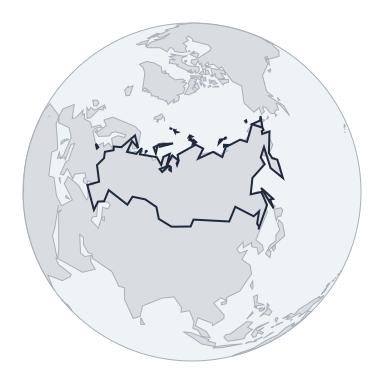 Russia highlighted on a globe, orthographic projection
{"feature_id": "RUS", "entity_name": "Russia", "entity_type": "country or territory", "adm_level": 0, "iso_a3": "RUS", "parent_name": "Europe", "parent_adm1": "", "projection": "orthographic", "projection_center": [98.07, 61.527], "detail": "medium", "context": "on_globe", "style": "outline", "palette": "slate", "viewbox_px": 384, "rotation_deg": 0, "n_neighbors": 0, "source": "natural_earth", "source_scale": "50m", "svg_char_len": 13278}
<svg xmlns="http://www.w3.org/2000/svg" viewBox="0 0 384 384"><circle cx="192" cy="192" r="169" fill="#eef3f6" stroke="#a8b0b8"/><path d="M260.7,37.6L269.9,43.5L265.5,39.9L269.8,42.0L273.7,44.4L271.1,43.1L274.0,46.6L278.9,50.8L279.0,56.3L268.5,59.3L266.9,56.3L264.6,57.6L266.4,61.5L268.1,63.8L262.5,75.5L266.6,91.3L273.3,96.5L267.6,95.4L283.9,105.8L289.6,115.7L279.8,104.5L276.3,103.3L278.5,109.8L275.4,110.1L274.6,113.5L270.7,113.3L265.3,107.0L262.6,106.9L264.3,111.6L261.5,114.5L259.3,107.6L254.1,112.2L244.1,103.1L241.6,85.9L232.7,81.7L221.4,66.7L219.2,68.5L213.5,64.3L208.7,64.8L208.0,62.1L204.9,64.9L206.4,67.3L205.6,69.4L203.0,70.0L201.5,66.6L202.7,65.8L200.9,65.1L201.3,63.2L199.6,64.5L198.2,60.4L195.6,65.4L191.2,62.9L191.4,60.0L196.5,59.1L209.5,51.0L211.2,48.3L208.5,45.0L192.6,41.0L192.3,38.6L188.3,36.2L186.0,37.9L188.4,40.4L183.2,43.3L186.8,46.3L185.2,48.0L186.8,51.8L181.0,52.6L174.5,51.3L172.9,48.3L170.0,47.7L167.1,51.8L159.8,47.7L147.4,47.7L146.1,46.7L151.7,41.9L163.1,38.5L170.3,33.4L160.0,38.2L156.9,35.8L154.1,36.2L151.0,37.3L149.9,38.8L147.7,38.4L157.1,33.3L159.2,33.6L156.2,35.1L161.6,33.6L167.9,30.6L165.8,29.9L177.5,26.9L176.2,26.4L178.0,25.6L179.3,26.5L177.1,25.0L190.5,23.3L189.2,23.1L193.8,23.1L196.5,23.2L203.4,23.5L211.5,24.3L211.2,24.2L222.3,25.9L230.9,27.6L246.0,31.9L260.7,37.6ZM345.5,126.6L344.3,125.5L344.2,123.9L345.5,126.6ZM344.1,126.5L344.4,126.5L344.3,126.8L344.1,126.5ZM344.4,127.8L344.2,126.8L344.5,128.1L344.4,127.8ZM344.9,129.7L344.5,128.6L344.6,128.8L344.9,129.7ZM345.1,132.2L345.1,132.8L344.7,131.6L345.1,132.2ZM269.4,64.9L266.7,61.6L266.3,58.1L268.9,60.7L269.4,64.9ZM269.8,72.2L267.7,70.6L270.5,68.9L270.8,70.3L269.8,72.2ZM278.8,100.4L277.2,97.0L279.8,100.2L278.8,100.4ZM275.2,114.0L276.7,114.9L275.7,116.3L275.2,114.0ZM189.8,51.2L188.3,51.5L188.8,50.6L189.8,51.2ZM191.9,52.6L193.6,51.4L194.8,51.9L193.8,52.7L191.9,52.6ZM268.7,117.4L266.6,119.5L267.8,116.3L268.7,117.4ZM189.6,54.1L196.8,53.0L198.9,54.0L196.8,57.7L189.6,54.1ZM264.8,120.0L259.9,125.4L262.8,127.8L252.0,124.3L259.8,120.7L260.7,116.3L262.2,119.4L264.8,120.0ZM208.1,67.8L206.3,65.3L210.2,66.9L208.1,67.8ZM210.8,68.3L224.2,70.6L225.5,74.8L220.8,73.1L224.5,78.3L218.6,79.2L215.2,76.6L215.5,73.6L213.0,76.2L210.8,68.3ZM246.9,121.6L244.9,122.1L246.0,120.4L246.9,121.6ZM205.6,70.4L208.1,70.4L209.5,74.0L204.6,74.6L205.7,73.2L205.6,70.4ZM228.4,79.3L228.5,82.2L223.8,83.7L223.2,85.0L218.6,79.6L228.4,79.3ZM204.1,72.7L202.1,74.9L199.0,73.8L203.1,70.6L204.1,72.7ZM211.9,74.7L212.3,76.5L210.5,75.7L211.9,74.7ZM187.1,71.4L190.1,71.2L191.1,73.0L187.1,71.4ZM201.5,75.8L202.6,76.2L203.3,76.9L201.4,78.1L201.5,75.8ZM215.6,81.1L213.5,81.2L217.2,83.4L213.8,84.7L211.3,80.9L211.0,83.1L209.9,83.5L209.1,79.9L215.6,81.1ZM201.6,81.6L197.3,77.4L191.4,77.3L190.4,75.6L200.0,76.1L201.6,81.6ZM206.1,80.9L203.1,80.9L203.3,78.7L205.5,77.4L206.1,80.9ZM212.4,87.1L218.2,86.0L218.6,86.9L212.4,87.1ZM199.8,81.9L200.9,83.0L199.4,82.2L199.8,81.9ZM208.5,85.9L210.5,85.4L210.8,86.4L208.5,85.9ZM201.4,85.5L200.0,84.1L201.4,83.1L201.4,85.5ZM204.6,86.0L204.5,87.6L202.8,83.6L205.4,85.6L204.6,86.0ZM208.4,87.0L209.3,87.4L207.5,87.1L208.4,87.0ZM196.7,90.2L194.1,85.4L197.3,83.2L199.4,88.1L196.7,90.2ZM41.1,116.0L44.8,109.2L45.5,109.1L50.0,103.6L59.0,115.8L56.1,124.0L57.7,146.1L57.1,149.9L51.7,152.1L48.8,175.9L54.0,177.4L56.5,196.0L61.5,205.8L72.4,200.0L64.3,183.8L68.0,176.4L78.7,185.5L86.5,199.9L88.2,197.5L87.6,184.9L93.8,184.8L87.8,180.2L87.0,184.6L83.3,181.9L83.8,177.8L86.0,177.9L84.9,172.8L74.8,174.2L72.8,178.8L67.2,168.4L63.4,175.1L60.3,174.0L65.6,162.2L68.4,160.4L74.5,143.5L71.0,144.4L65.0,160.5L64.9,157.0L60.1,158.8L63.7,154.7L71.2,137.2L69.0,127.6L58.6,122.8L59.0,116.8L62.7,109.0L74.2,104.5L72.2,118.5L76.2,117.4L83.2,110.0L82.0,115.0L84.5,113.8L84.4,119.0L90.7,122.4L91.6,127.3L100.3,125.0L101.9,127.4L96.3,128.0L92.8,131.2L95.7,143.8L98.1,145.2L103.5,142.8L103.6,146.8L108.5,142.9L113.2,148.9L111.6,138.4L117.9,135.7L124.1,137.5L125.9,134.9L115.8,131.9L112.0,132.5L109.2,136.0L98.6,136.4L96.3,132.9L106.2,125.6L104.0,120.0L112.7,117.1L134.8,126.3L140.8,132.2L137.7,148.6L132.7,148.9L131.3,143.1L126.8,151.4L129.9,149.3L130.0,152.7L136.1,151.3L136.5,153.7L141.7,148.4L142.8,151.2L139.5,154.5L149.4,155.2L153.4,160.4L155.5,159.5L156.6,157.0L160.9,165.5L162.2,164.4L161.3,161.2L163.4,157.0L168.8,153.2L170.0,156.3L168.2,158.1L166.3,166.9L161.4,171.5L162.5,172.4L167.0,169.2L169.3,158.5L172.2,155.3L171.8,160.3L172.2,158.2L174.0,157.6L176.9,160.1L177.6,154.6L195.9,144.8L203.4,148.8L201.0,154.2L215.1,151.5L222.5,156.8L221.6,153.8L227.8,150.8L225.5,149.0L225.6,147.4L240.4,139.6L244.8,140.4L250.2,134.1L249.8,132.6L246.8,131.6L252.0,124.3L262.8,127.8L263.2,131.0L269.6,131.3L269.7,138.6L272.8,145.0L269.2,153.3L271.9,157.8L274.1,157.4L279.5,163.5L282.9,177.9L270.4,167.9L263.4,147.9L265.4,156.1L262.0,154.8L261.0,158.2L262.7,164.1L264.7,164.4L252.5,177.8L250.8,194.7L257.9,191.4L263.0,194.5L267.3,212.2L255.9,239.9L262.5,245.3L263.3,249.9L258.3,254.3L257.1,247.7L251.6,246.7L251.7,242.5L243.3,247.8L243.0,242.0L236.7,249.3L239.7,253.2L247.2,250.5L241.8,259.5L250.1,265.3L251.6,273.8L239.7,291.2L226.6,297.5L226.0,300.0L220.5,297.9L213.6,303.3L224.1,315.0L223.9,318.4L212.6,325.7L212.3,323.3L197.8,317.7L195.4,325.6L206.3,331.5L210.1,337.8L201.8,336.2L197.9,330.4L192.8,328.2L194.0,321.6L189.4,310.6L181.0,312.2L181.5,307.6L174.0,296.9L161.8,298.1L142.5,306.0L140.1,316.3L133.3,318.6L124.6,299.7L124.4,287.6L118.9,286.3L111.8,271.5L92.8,258.5L92.2,254.1L88.2,252.7L83.6,244.7L83.5,237.6L79.7,234.3L80.5,253.0L84.8,256.5L91.3,255.5L90.5,260.8L95.2,269.3L82.4,272.2L57.6,258.4L58.8,249.5L58.6,212.7L60.7,211.1L60.8,210.7L61.0,210.1L57.3,212.0L58.5,205.0L54.7,228.2L52.5,235.4L57.2,258.4L55.9,258.3L58.5,264.4L71.2,274.4L70.5,276.6L62.3,280.6L47.9,275.1L51.9,285.2L54.3,290.0L47.4,279.3L41.2,268.2L35.9,256.7L31.5,244.8L28.0,232.6L25.4,220.2L23.8,207.6L23.1,195.0L23.4,192.1L23.6,186.4L23.6,180.4L24.4,173.6L24.8,169.4L26.4,158.4L30.0,143.8L35.0,129.7L41.1,116.0ZM50.3,115.7L48.7,116.7L50.3,115.7ZM91.1,220.3L98.3,228.2L101.4,218.5L104.4,220.8L104.4,216.7L101.6,217.8L102.5,207.3L107.9,208.7L110.3,205.0L108.0,202.2L98.0,201.4L96.7,216.3L92.3,217.1L91.1,220.3ZM156.4,36.1L155.6,36.5L152.3,37.4L153.7,36.5L156.4,36.1ZM139.2,44.9L136.0,44.1L139.2,44.0L140.4,42.4L148.6,40.2L145.9,46.0L145.7,43.7L139.2,44.9ZM158.8,39.3L153.9,39.8L159.4,39.1L158.8,39.3ZM99.0,103.0L96.8,105.9L93.7,105.8L92.7,100.2L97.2,100.2L99.0,103.0ZM94.5,110.2L104.6,104.9L105.7,108.4L103.4,107.3L103.1,110.1L99.3,109.1L90.3,117.9L87.0,118.4L86.9,107.4L88.8,110.6L90.8,107.4L94.5,110.2ZM128.7,87.4L133.1,85.8L129.7,95.4L126.0,95.8L124.7,90.1L128.3,86.2L128.7,87.4ZM184.4,61.0L186.3,60.2L186.7,61.1L185.4,62.5L184.4,61.0ZM188.4,71.1L176.5,65.7L178.1,64.4L169.2,63.1L169.9,59.3L175.6,60.2L169.5,56.5L175.0,55.8L170.4,53.7L183.1,56.2L187.7,55.6L182.3,57.6L181.5,61.1L182.5,62.4L189.0,65.9L198.7,66.7L199.4,70.4L197.4,72.9L195.2,73.3L195.4,70.7L192.3,73.1L190.9,69.6L188.4,71.1ZM173.3,103.0L174.4,99.2L168.0,104.6L166.6,100.7L165.9,101.6L162.8,99.5L158.0,98.6L158.1,96.6L156.1,97.1L154.0,95.8L151.4,95.9L150.7,92.5L147.4,92.3L148.9,90.8L143.5,91.5L147.2,89.5L144.9,87.8L142.5,90.7L144.9,73.0L143.1,67.5L139.5,64.3L146.4,61.5L154.1,62.9L161.3,66.9L162.1,72.7L165.0,70.5L166.3,72.7L163.4,73.5L168.6,73.6L168.9,75.6L175.3,79.9L182.5,79.0L185.1,80.7L182.3,82.1L186.7,82.8L183.3,86.6L185.0,87.9L183.4,93.1L177.1,95.2L179.5,96.5L178.4,100.7L173.3,103.0ZM196.0,91.6L188.9,94.7L184.6,94.2L189.3,85.4L188.2,83.7L191.0,78.3L197.2,79.2L195.8,80.7L195.9,82.3L193.9,81.3L195.6,83.3L193.7,85.4L194.5,87.6L192.0,88.0L196.0,91.6ZM59.5,151.4L59.6,153.9L60.4,157.3L57.4,158.5L59.5,151.4ZM64.4,139.4L64.9,141.2L61.1,144.3L61.0,141.8L64.4,139.4ZM68.5,139.6L65.2,141.0L66.9,138.7L68.5,139.6ZM97.1,129.5L98.1,131.3L96.9,132.3L94.8,132.2L97.1,129.5ZM153.9,118.9L155.3,116.6L156.3,116.9L161.7,113.9L163.2,116.6L160.5,119.6L153.9,118.9ZM69.2,198.9L65.8,197.8L65.9,195.5L67.0,196.3L69.2,198.9ZM59.9,177.5L60.4,183.6L59.1,177.8L59.9,177.5ZM156.4,121.4L158.5,119.8L157.9,122.2L156.4,121.4ZM164.5,118.5L164.5,121.2L164.0,116.6L164.5,118.5ZM61.9,299.8L61.4,299.1L66.1,304.0L67.5,304.3L71.6,309.8L71.8,310.7L61.9,299.8ZM251.4,342.2L256.2,340.9L256.0,341.2L251.4,342.2ZM246.4,342.7L252.0,341.2L245.4,343.6L246.4,342.7ZM254.2,340.6L259.8,338.1L262.3,336.8L261.8,337.5L254.2,340.6ZM242.6,343.8L221.7,347.7L213.3,347.9L215.3,346.6L228.9,345.0L242.6,343.8ZM214.7,346.6L201.8,344.0L183.9,332.0L190.3,332.5L209.0,339.6L207.8,340.9L215.6,343.2L214.7,346.6ZM245.6,334.9L244.3,338.5L232.8,340.7L227.5,341.1L223.9,337.3L225.9,334.6L230.3,334.0L246.8,321.6L252.6,322.3L247.6,327.5L252.3,329.4L245.6,334.9ZM140.8,317.5L144.5,324.5L140.8,324.3L140.8,317.5ZM253.2,313.0L246.7,319.1L252.6,311.7L253.2,313.0ZM256.5,306.2L257.0,308.4L254.2,306.9L256.5,306.2ZM226.0,303.7L221.4,304.9L221.2,303.0L226.9,300.4L226.0,303.7ZM252.7,280.8L253.1,286.7L252.4,289.0L250.1,286.0L252.7,280.8ZM172.0,144.4L162.9,145.4L157.3,148.3L155.7,153.2L154.1,146.9L162.6,142.4L172.0,144.4ZM192.8,144.3L194.2,140.2L196.2,141.8L196.2,143.0L192.8,144.3ZM191.8,142.0L188.6,137.3L191.0,135.0L193.1,139.1L191.8,142.0ZM172.2,129.0L169.4,129.1L169.9,127.1L172.2,129.0ZM232.8,355.9L232.0,356.1L234.2,355.6L234.2,354.9L253.6,348.1L267.9,339.4L277.4,335.1L285.4,328.0L294.8,322.4L291.2,326.8L300.0,321.4L308.3,311.1L311.3,311.6L312.3,310.7L302.6,319.7L292.3,328.0L281.4,335.4L269.9,341.9L257.9,347.6L245.5,352.3L232.8,355.9ZM340.7,271.9L341.4,270.6L341.6,270.3L340.7,271.9ZM263.3,338.4L270.1,333.7L273.7,331.9L263.3,338.4ZM340.0,272.7L338.5,275.2L338.7,274.6L340.0,272.7ZM340.4,271.7L341.0,271.1L340.4,271.7ZM337.6,275.3L339.3,273.3L337.3,275.7L337.6,275.3ZM336.3,277.1L334.9,278.7L335.1,278.4L336.3,277.1ZM318.4,298.4L324.0,295.4L319.1,300.5L313.8,303.7L309.0,309.5L298.4,317.1L301.1,314.1L299.8,313.1L288.5,319.3L286.2,319.1L290.3,315.7L282.6,318.6L291.1,313.4L294.4,314.5L299.1,309.2L307.0,304.3L314.3,299.4L319.9,296.3L318.4,298.4ZM290.8,320.0L292.3,319.2L290.9,320.7L290.8,320.0ZM332.2,281.0L334.3,279.5L334.0,280.1L332.9,281.3L332.2,281.0ZM321.2,294.6L327.4,286.0L328.8,284.5L324.6,291.4L321.2,294.6ZM326.1,286.0L328.8,283.4L330.1,283.1L329.5,284.1L326.1,286.0ZM273.6,326.2L273.2,327.2L271.0,327.5L273.6,326.2ZM276.5,324.4L283.2,322.0L275.9,325.4L276.5,324.4ZM255.6,329.3L257.6,330.8L264.1,327.2L259.2,330.9L263.4,332.6L261.9,334.3L257.7,332.4L256.0,336.5L253.1,337.3L251.6,334.7L254.6,329.7L257.5,327.0L269.1,322.1L255.6,329.3ZM276.5,321.8L274.8,320.0L276.1,317.7L278.0,318.2L276.5,321.8ZM269.2,315.5L264.2,313.8L259.8,316.7L268.5,308.4L271.9,311.5L269.2,315.5ZM264.7,309.1L260.6,311.8L264.7,307.2L264.7,309.1ZM259.4,310.9L258.8,308.4L262.1,307.6L259.4,310.9ZM266.8,308.4L267.3,303.5L269.1,305.6L266.8,308.4ZM256.9,302.5L264.3,304.8L254.9,305.9L253.7,296.4L257.6,295.0L256.9,302.5ZM273.4,250.9L272.0,247.9L275.3,245.5L275.4,248.3L273.4,250.9ZM284.8,235.6L275.7,243.9L268.2,250.6L271.0,251.1L270.0,257.7L265.5,253.8L270.1,245.0L275.9,240.9L275.9,235.4L279.7,229.8L277.6,223.7L278.9,219.9L282.7,224.2L284.8,235.6ZM276.4,221.3L274.0,209.4L280.7,207.7L282.7,209.9L281.0,216.0L277.6,216.5L276.4,221.3ZM275.4,206.1L272.1,206.6L261.6,191.7L261.1,188.2L272.6,198.2L270.0,199.3L271.4,203.4L275.4,206.1ZM246.0,123.6L245.0,122.2L246.9,122.8L246.0,123.6ZM224.2,146.5L224.6,144.3L226.8,144.9L224.2,146.5ZM226.9,138.7L224.2,139.5L226.6,137.3L226.9,138.7ZM218.1,141.7L222.8,139.2L219.0,143.5L218.1,141.7Z" fill="#d9dde1" stroke="#a8b0b8" stroke-width="1"/><path d="M267.1,204.9L258.4,229.5L259.2,227.0L257.1,223.6L259.1,211.3L253.7,216.3L235.3,206.8L229.2,221.5L193.5,219.6L190.6,226.5L171.5,226.7L158.8,218.9L156.4,207.0L145.3,199.4L132.5,196.7L127.4,204.7L108.7,190.1L104.1,201.3L98.0,201.6L93.9,209.9L87.3,185.0L99.1,181.7L97.0,165.1L104.0,158.2L104.9,151.8L113.6,150.2L113.8,146.5L121.4,147.2L135.0,135.4L138.2,148.1L132.0,141.1L127.0,151.9L136.4,153.9L141.8,148.1L139.9,154.3L156.8,157.2L161.2,164.8L163.4,156.9L169.8,154.0L166.3,166.6L159.7,169.1L162.2,172.0L168.2,166.2L169.7,166.3L169.2,169.9L170.9,171.0L170.8,166.9L167.3,164.8L172.3,155.4L178.3,160.5L176.6,163.5L177.1,165.1L178.7,160.7L177.6,154.8L195.7,144.7L203.2,148.6L198.2,158.7L213.1,151.9L222.3,157.1L225.7,147.1L240.1,139.7L247.0,141.9L252.0,124.3L262.5,127.7L263.5,129.8L261.8,131.1L262.2,134.0L269.5,131.4L268.9,152.8L272.2,158.2L277.3,159.6L282.9,178.0L270.6,168.0L264.0,147.0L260.7,157.4L264.7,164.1L252.4,178.0L250.7,194.3L261.3,192.0L267.1,204.9ZM252.1,124.1L260.1,120.5L260.5,116.1L262.5,127.7L252.1,124.1ZM173.1,143.4L159.9,146.8L159.0,144.4L173.1,143.4ZM261.2,188.0L273.2,198.9L270.1,199.6L273.7,208.5L261.2,188.0ZM157.5,145.4L155.8,153.3L153.6,147.4L157.5,145.4ZM218.9,143.4L219.8,139.6L223.0,139.2L218.9,143.4ZM190.4,138.2L193.0,141.4L189.3,139.8L190.4,138.2ZM189.8,135.5L191.9,136.5L188.8,137.3L189.8,135.5ZM193.9,140.2L196.2,142.2L192.7,144.0L193.9,140.2ZM224.1,139.5L224.8,137.9L226.5,137.2L224.1,139.5ZM95.8,143.7L98.3,147.3L96.8,148.5L95.8,143.7ZM171.0,128.6L172.2,129.1L169.7,128.2L171.0,128.6ZM224.0,144.8L226.7,144.9L224.0,146.5L224.0,144.8ZM246.5,122.6L245.2,120.9L246.1,120.4L246.5,122.6ZM147.3,150.6L145.7,152.1L145.8,151.1L147.3,150.6ZM173.3,129.5L174.4,129.8L174.5,130.6L173.3,129.5ZM175.3,131.0L175.1,132.3L174.7,131.5L175.3,131.0ZM177.0,132.4L176.3,131.8L177.6,132.2L177.0,132.4Z" fill="none" stroke="#1e293b" stroke-width="2"/></svg>